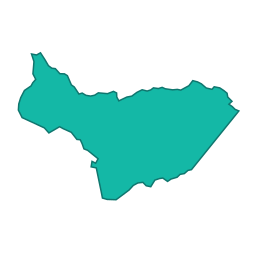 outline of Gramado dos Loureiros, Rio Grande do Sul, Brazil, rotated 182°
{"feature_id": "56859067B9692352624566", "entity_name": "Gramado dos Loureiros", "entity_type": "district", "adm_level": 2, "iso_a3": "BRA", "parent_name": "Brazil", "parent_adm1": "Rio Grande do Sul", "projection": "mercator", "projection_center": [-52.905, -27.444], "detail": "fine", "context": "isolated", "style": "filled", "palette": "teal", "viewbox_px": 256, "rotation_deg": 182, "n_neighbors": 0, "source": "geoboundaries", "source_scale": "gbopen_adm2", "svg_char_len": 1313}
<svg xmlns="http://www.w3.org/2000/svg" viewBox="0 0 256 256"><g transform="rotate(182 128 128)"><path d="M227.0,198.6L224.3,191.1L224.9,178.8L221.9,173.4L224.8,169.8L226.3,166.7L232.8,161.9L236.3,154.5L238.0,148.2L238.2,142.1L234.2,134.7L211.6,125.2L206.9,120.3L196.4,126.9L192.6,125.0L184.5,121.7L178.7,114.8L175.3,114.6L173.3,110.7L171.3,105.6L167.6,104.3L156.8,96.2L159.1,91.7L162.8,93.4L163.5,87.9L158.3,87.0L152.7,64.0L151.1,57.1L146.3,55.9L137.4,55.9L124.7,66.1L120.7,70.8L116.3,73.4L111.2,74.2L107.8,70.9L103.2,70.1L101.1,73.8L99.3,76.9L94.7,78.6L91.5,79.2L86.6,76.0L83.2,78.5L77.2,80.5L74.3,83.5L70.1,84.4L66.6,87.7L63.1,88.6L17.8,148.9L21.7,150.4L24.5,153.0L28.0,155.3L25.0,158.3L29.4,162.4L30.2,166.2L33.6,168.8L37.7,171.3L43.3,172.2L45.4,169.6L51.2,170.7L56.2,174.7L60.1,176.5L64.9,177.6L68.6,172.4L76.6,167.7L80.0,168.3L84.7,167.7L92.1,168.5L95.3,169.8L99.0,168.5L104.0,169.0L106.7,166.8L110.2,165.6L115.2,166.7L120.4,163.9L125.3,160.0L130.2,158.9L133.3,157.3L138.1,154.8L140.3,158.6L140.6,162.6L143.8,164.1L149.6,161.6L158.9,162.1L162.5,159.6L166.5,158.6L171.2,159.2L175.0,161.3L178.2,160.2L183.1,167.1L186.1,169.1L190.4,178.2L193.4,179.9L198.0,179.9L202.7,184.8L206.2,185.1L209.7,187.5L213.5,193.5L218.1,200.1L221.9,197.8L227.0,198.6Z" fill="#14b8a6" stroke="#0f766e" stroke-width="1.5"/></g></svg>